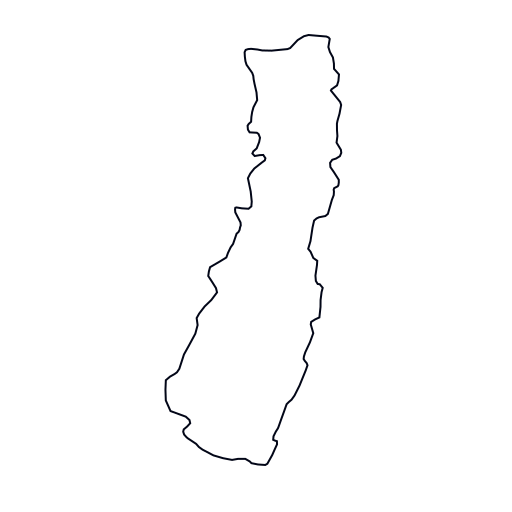 an SVG outline of Nepal, rotated 259°
{"feature_id": "NPL", "entity_name": "Nepal", "entity_type": "country or territory", "adm_level": 0, "iso_a3": "NPL", "parent_name": "Asia", "parent_adm1": "", "projection": "albers", "projection_center": [84.322, 28.374], "detail": "fine", "context": "isolated", "style": "outline", "palette": "ink", "viewbox_px": 512, "rotation_deg": 259, "n_neighbors": 0, "source": "natural_earth", "source_scale": "50m", "svg_char_len": 2559}
<svg xmlns="http://www.w3.org/2000/svg" viewBox="0 0 512 512"><g transform="rotate(259 256 256)"><path d="M458.2,283.7L460.3,285.2L460.6,287.8L460.3,290.7L458.4,296.9L456.6,301.3L454.6,310.5L453.1,326.4L453.6,329.2L460.0,338.1L462.6,345.0L462.9,349.8L460.6,357.8L458.0,367.0L456.6,369.0L455.0,369.8L447.3,366.9L442.1,367.5L436.2,369.4L430.0,369.2L424.8,368.3L418.4,372.1L412.1,370.3L408.0,368.1L405.2,361.9L404.1,361.1L391.1,368.0L388.0,368.4L379.7,365.1L373.0,361.7L370.5,360.7L364.0,359.5L358.2,358.8L351.9,356.7L344.1,359.6L341.0,359.4L338.0,357.4L336.4,353.2L335.9,349.2L333.3,346.5L329.1,346.0L323.4,348.5L315.0,351.8L312.3,351.3L309.8,350.4L308.8,349.5L307.7,345.7L306.3,344.9L304.3,344.8L300.9,343.9L296.6,341.2L283.6,334.6L282.0,331.7L282.0,325.3L281.3,322.6L279.7,319.8L273.1,316.9L260.2,312.3L253.1,308.6L249.7,310.4L243.1,311.9L239.6,315.2L235.4,314.1L225.4,310.6L220.1,310.0L216.8,311.2L216.1,313.2L212.0,315.4L208.1,313.5L200.5,311.0L193.7,309.6L183.6,306.5L182.5,302.0L180.8,297.6L178.4,296.7L169.3,297.5L161.0,292.5L152.1,286.0L148.3,283.9L145.8,283.1L143.7,283.9L141.2,285.3L138.9,285.7L134.1,282.9L128.0,278.9L120.5,274.0L111.7,267.2L108.1,263.4L106.5,260.5L104.7,257.8L97.1,253.3L91.1,249.7L83.8,245.4L82.6,244.6L79.9,242.0L75.7,238.8L72.3,237.8L71.1,239.5L70.2,241.2L67.1,240.7L62.5,237.4L57.6,234.0L53.8,230.8L49.9,227.5L49.1,225.2L51.0,218.1L53.5,212.0L55.5,210.7L58.9,206.8L60.3,199.7L60.4,193.6L63.8,185.1L68.4,176.2L76.1,166.6L79.4,163.5L83.0,161.4L90.0,154.3L91.4,153.2L94.4,151.4L97.4,151.0L99.6,152.0L101.7,155.8L104.4,159.5L107.7,159.4L111.7,156.4L120.1,142.5L131.4,139.9L142.0,141.6L151.3,143.8L154.0,148.6L155.7,153.6L156.9,156.2L159.9,159.2L173.1,166.5L180.7,172.9L191.3,181.6L199.3,185.5L206.4,185.9L210.3,189.2L216.3,196.0L221.3,203.7L227.7,210.8L232.1,210.6L238.1,208.3L245.5,205.3L249.8,206.8L253.8,208.8L255.1,212.5L257.5,219.4L260.2,226.6L264.4,229.1L269.4,232.8L272.2,235.8L281.6,241.2L282.9,243.4L284.8,244.9L287.1,245.8L289.0,246.9L291.9,247.2L302.8,244.0L305.7,244.3L307.3,244.9L307.4,246.1L305.5,251.2L303.8,257.7L305.6,260.9L310.2,262.2L320.3,263.1L333.9,262.9L338.0,266.1L342.2,271.0L346.5,279.3L348.2,282.9L350.2,283.9L353.8,282.4L354.3,278.9L354.4,273.8L357.3,272.0L359.2,273.3L361.5,277.2L367.2,280.8L371.3,282.5L375.2,281.8L376.8,280.4L378.6,273.3L381.6,272.2L385.5,272.6L387.0,274.0L388.7,276.8L393.4,278.0L398.1,279.7L402.5,281.9L408.8,286.9L416.5,287.7L425.3,287.4L430.0,287.4L433.4,287.7L436.5,287.2L445.5,283.2L449.2,282.8L453.8,283.1L458.2,283.7Z" fill="none" stroke="#020617" stroke-width="2"/></g></svg>